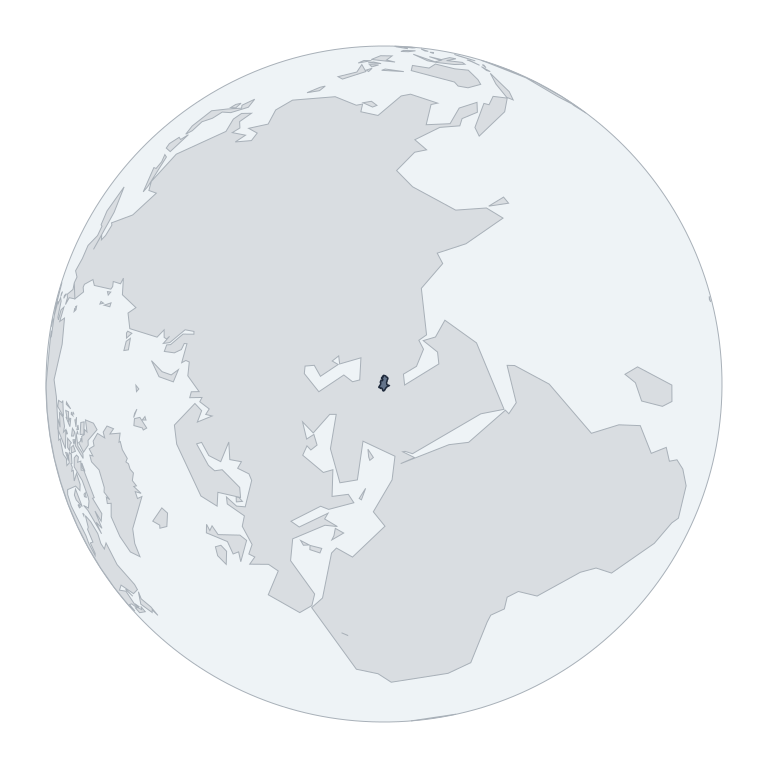 the Earth from above Lorestan, rotated 269°
{"feature_id": "IRN-3220", "entity_name": "Lorestan", "entity_type": "Province", "adm_level": 1, "iso_a3": "IRN", "parent_name": "Iran", "parent_adm1": "", "projection": "orthographic", "projection_center": [48.245, 33.479], "detail": "fine", "context": "on_globe", "style": "filled", "palette": "slate", "viewbox_px": 768, "rotation_deg": 269, "n_neighbors": 0, "source": "natural_earth", "source_scale": "10m", "svg_char_len": 12029}
<svg xmlns="http://www.w3.org/2000/svg" viewBox="0 0 768 768"><g transform="rotate(269 384 384)"><circle cx="384" cy="384" r="338" fill="#eef3f6" stroke="#a8b0b8"/><path d="M386.0,46.1L391.2,46.3L427.6,50.3L443.1,52.2L436.5,52.1L468.9,57.2L491.2,63.8L463.3,56.2L458.5,55.6L472.4,59.5L470.4,59.8L476.0,62.2L472.4,62.6L456.5,59.1L453.8,59.6L463.8,62.4L466.5,65.3L452.2,60.9L455.5,65.7L429.4,62.9L394.1,54.2L376.9,56.2L333.5,57.8L334.8,59.3L319.2,62.1L314.8,65.2L308.0,65.5L310.5,67.9L317.5,67.2L321.0,68.2L319.1,70.2L310.0,70.6L309.7,69.6L306.0,70.9L302.3,70.3L303.1,71.8L292.4,72.6L300.1,75.0L289.1,78.4L282.8,78.1L287.3,73.9L283.9,65.8L278.9,65.8L267.3,69.2L237.2,83.5L230.1,85.9L217.5,92.2L219.6,92.3L230.2,87.6L231.0,90.2L243.8,85.1L246.0,85.8L257.6,83.1L251.5,88.3L239.4,95.2L229.5,98.1L223.9,101.5L229.9,103.3L208.0,114.0L187.9,131.1L182.7,133.9L178.8,129.9L187.5,117.6L182.5,115.9L181.3,122.4L168.4,130.6L164.4,134.6L162.6,137.8L165.8,137.0L160.5,141.3L159.6,135.7L164.4,131.6L164.6,133.1L168.6,127.9L167.9,125.7L161.4,130.9L166.7,125.2L185.4,110.6L205.2,97.3L225.8,85.4L247.2,75.0L269.3,66.1L292.0,58.9L315.1,53.2L338.5,49.2L362.2,46.8L386.0,46.1ZM46.7,405.1L49.8,431.9L52.5,449.3L52.6,450.1L46.7,405.1ZM454.8,54.0L447.1,52.4L455.2,54.0L454.8,54.0ZM477.4,62.5L480.3,63.1L482.0,64.2L477.4,62.5ZM260.1,80.5L258.8,81.8L257.3,81.6L260.1,80.5ZM266.3,78.4L265.5,77.3L268.3,76.1L268.8,76.8L266.3,78.4ZM478.0,66.0L479.9,68.0L475.2,65.3L478.0,66.0ZM266.7,80.1L273.4,74.3L278.4,72.5L284.3,73.7L266.7,80.1ZM479.2,68.8L484.0,74.7L490.6,76.1L474.5,76.4L475.8,70.8L469.0,66.9L475.7,69.0L479.2,68.8ZM320.6,66.1L313.0,67.0L321.1,64.5L320.6,66.1ZM324.9,64.4L344.9,57.0L355.2,57.3L346.4,59.4L361.1,59.0L356.3,62.7L347.2,63.8L341.5,62.7L344.0,65.1L324.9,64.4ZM464.8,76.0L463.6,77.3L461.8,75.4L464.8,76.0ZM323.0,68.4L326.1,66.6L335.2,66.7L330.6,70.4L329.2,69.1L323.0,68.4ZM367.3,57.4L373.3,58.4L371.1,61.6L373.1,62.6L357.1,62.9L367.3,57.4ZM326.1,70.1L328.1,72.3L322.1,74.3L320.5,70.3L326.1,70.1ZM339.5,65.3L343.6,65.6L339.8,66.6L339.5,65.3ZM301.8,83.5L305.3,80.8L310.3,80.5L301.8,83.5ZM329.2,73.0L331.3,72.4L333.7,72.1L333.7,74.0L329.2,73.0ZM356.7,65.4L354.5,66.7L363.1,65.3L361.8,68.1L351.3,68.0L355.3,69.3L354.9,70.2L346.8,69.2L356.7,65.4ZM340.9,75.3L327.2,76.9L319.5,81.7L314.8,81.9L328.0,74.2L340.9,75.3ZM345.1,71.7L341.4,73.9L337.4,72.8L337.4,70.7L345.1,71.7ZM364.6,70.3L369.3,66.0L371.5,66.2L364.6,70.3ZM339.5,76.8L342.8,76.4L339.4,77.2L339.5,76.8ZM357.8,72.3L359.2,70.7L361.5,71.0L357.8,72.3ZM348.4,77.3L343.9,77.7L343.8,76.1L348.4,77.3ZM353.3,75.2L356.2,76.0L346.4,75.3L353.5,74.3L353.3,75.2ZM359.8,72.9L361.7,72.5L358.9,73.6L359.8,72.9ZM351.4,83.5L339.1,83.0L338.8,79.3L350.8,80.2L351.4,83.5ZM93.6,443.0L85.7,386.0L94.4,373.0L99.3,351.4L161.7,307.8L171.1,318.8L215.9,328.6L220.8,333.6L211.5,349.5L241.8,382.5L256.4,371.1L288.0,390.4L311.6,393.7L327.2,362.0L288.6,355.7L286.0,338.2L320.2,329.3L354.5,335.7L354.6,329.2L336.3,312.4L347.6,301.9L330.3,305.7L334.8,313.0L324.1,316.0L319.3,309.7L323.5,305.9L314.2,301.5L296.6,321.8L299.2,331.4L272.5,330.1L274.3,346.4L265.8,351.8L259.6,326.5L262.9,318.5L248.4,288.6L242.5,296.7L255.8,325.8L250.1,322.3L242.3,334.9L243.8,322.5L230.8,290.0L209.0,287.5L175.2,311.0L163.7,308.0L156.9,295.8L175.3,264.6L198.9,275.0L205.7,265.4L206.2,246.6L213.3,251.8L216.4,245.9L225.8,249.3L244.2,239.8L254.6,242.1L266.8,225.2L273.8,224.5L264.5,234.4L263.6,243.1L289.9,250.0L296.5,247.4L302.3,236.2L308.8,240.1L311.1,228.5L328.7,227.8L309.2,219.4L315.5,207.6L328.8,200.6L327.4,195.6L305.7,207.0L300.2,213.2L301.1,220.7L283.1,237.9L273.0,238.6L278.6,216.0L264.8,215.0L275.2,199.0L327.4,175.7L346.6,173.7L367.8,194.6L360.5,201.2L349.2,196.7L355.0,211.6L356.7,205.2L362.1,208.8L369.5,199.5L373.7,201.8L373.7,189.5L379.6,191.2L379.6,199.0L395.6,188.0L409.4,189.7L411.0,186.3L408.8,182.1L427.7,187.7L428.0,185.0L422.0,182.0L418.8,174.9L420.4,164.9L426.9,167.4L427.1,171.3L437.4,183.9L437.1,194.8L439.9,194.9L441.7,186.1L429.2,170.6L428.4,164.0L435.4,170.4L432.8,167.5L434.4,165.0L442.0,165.1L434.8,157.9L443.8,130.8L459.4,129.3L464.7,137.3L477.8,124.0L494.4,125.3L488.8,122.3L491.2,115.1L486.1,114.4L483.6,112.5L487.6,96.1L493.5,94.8L488.9,86.2L486.0,84.9L481.3,85.2L474.5,76.4L490.6,76.1L496.3,78.9L502.6,77.6L514.7,84.6L527.7,90.5L537.4,100.2L546.8,104.8L548.1,103.9L561.9,110.1L585.6,127.6L560.5,117.2L523.7,95.9L538.2,104.4L533.1,104.0L537.3,108.2L547.6,114.7L549.9,114.4L557.4,135.7L578.8,159.7L581.6,152.3L590.6,154.9L617.4,180.3L639.3,230.4L651.5,238.0L657.0,246.3L657.0,256.2L648.9,244.2L642.5,244.4L638.0,236.7L635.2,249.9L628.6,239.5L629.7,255.7L637.1,261.6L642.0,253.1L645.9,272.7L659.9,280.5L669.4,297.5L672.1,340.2L663.2,361.2L664.3,367.5L656.6,365.6L652.6,382.7L671.7,406.2L673.3,415.6L663.9,442.5L662.6,435.9L642.5,430.7L643.1,454.6L658.6,464.0L664.0,481.9L654.1,482.1L648.0,466.7L640.8,464.3L639.6,444.3L627.7,419.1L617.4,430.7L615.2,418.7L597.2,400.3L580.7,416.0L556.6,458.7L558.2,489.5L547.8,505.9L522.8,468.4L513.9,439.5L503.4,444.8L479.0,423.0L432.4,427.4L427.1,419.6L418.1,424.1L401.1,416.8L393.5,403.6L382.6,404.6L403.1,439.2L415.0,438.1L426.7,424.0L430.1,436.3L446.7,446.0L423.5,477.2L356.6,503.6L352.5,480.3L313.8,411.3L316.3,403.9L316.2,403.1L315.9,401.5L309.9,413.2L304.1,399.3L322.2,447.9L324.2,467.6L355.7,504.9L352.1,508.3L363.0,515.9L400.5,507.4L400.2,514.9L381.0,549.2L331.1,590.5L339.1,618.1L337.9,639.5L310.0,650.0L315.7,665.1L301.8,668.0L303.1,675.6L293.7,681.3L276.9,684.3L244.7,676.0L240.1,669.3L220.0,651.5L191.0,608.2L196.3,592.8L192.3,576.9L169.3,533.4L174.2,514.7L168.7,503.4L157.0,500.4L151.0,486.7L144.2,483.0L103.9,465.9L93.6,443.0ZM136.0,337.2L133.3,343.3L133.2,343.3L136.0,337.2ZM388.5,359.8L410.6,361.4L404.8,340.0L412.9,339.2L407.9,332.6L404.3,338.5L392.8,320.6L403.9,314.6L403.3,305.4L395.8,304.5L377.4,318.7L393.7,344.0L386.8,352.6L388.5,359.8ZM168.5,130.9L168.4,131.5L165.6,135.3L164.9,134.7L168.5,130.9ZM165.1,147.1L156.6,153.9L162.2,148.3L159.6,148.2L168.1,137.0L180.6,134.8L173.4,137.5L165.1,147.1ZM183.0,122.5L176.2,129.1L183.2,122.0L183.0,122.5ZM224.2,212.6L225.6,218.1L219.5,223.7L206.4,223.1L215.2,214.7L224.2,212.6ZM229.2,224.7L238.3,203.8L246.8,204.1L240.5,207.3L245.2,209.6L236.3,215.5L235.4,237.3L230.0,243.9L208.8,237.7L218.7,235.7L216.7,230.2L229.2,224.7ZM246.8,157.3L250.9,150.4L264.0,159.7L258.7,165.3L245.3,164.4L243.7,157.4L246.8,157.3ZM275.9,84.3L276.6,82.5L279.1,82.2L280.5,83.4L275.9,84.3ZM303.0,82.3L275.4,92.3L274.8,90.6L259.3,99.6L251.7,98.8L262.0,92.8L244.6,99.5L250.8,93.8L239.2,99.0L262.9,85.7L267.8,81.5L265.2,86.3L272.0,87.0L276.5,86.1L292.7,80.6L306.6,72.8L315.6,73.0L318.3,75.3L316.3,77.2L311.1,76.3L312.2,79.5L303.1,79.7L303.0,82.3ZM344.0,112.8L338.8,109.1L339.5,119.3L330.4,118.0L331.1,119.3L322.9,121.2L314.1,126.0L310.6,124.6L308.7,127.1L303.2,128.7L299.4,131.9L291.8,130.7L286.5,134.7L285.9,132.0L278.9,139.2L280.7,133.4L273.8,135.5L275.7,140.0L243.7,130.2L228.9,132.0L215.6,137.0L220.5,127.5L236.1,117.3L256.0,108.9L269.5,109.1L269.3,105.3L275.7,104.4L273.2,107.8L280.8,102.2L285.4,102.5L303.1,97.6L311.3,90.2L318.0,88.6L317.1,91.7L324.3,88.1L327.2,93.0L332.0,92.2L339.6,96.7L335.0,103.8L340.8,102.4L346.8,106.3L344.0,112.8ZM353.3,84.9L349.9,92.8L343.3,96.3L332.8,87.1L328.0,87.2L321.1,82.4L330.8,77.7L331.9,79.4L335.2,80.1L330.9,81.2L336.9,80.8L338.6,83.4L343.7,83.8L341.2,86.2L353.3,84.9ZM229.0,329.1L233.2,331.3L240.5,332.8L235.7,341.1L229.0,329.1ZM219.7,307.0L223.9,307.2L220.7,318.9L216.2,317.0L219.7,307.0ZM229.0,297.9L224.4,306.4L224.2,300.6L229.0,297.9ZM268.7,234.3L273.6,234.2L273.0,237.1L269.1,240.4L268.7,234.3ZM344.1,146.0L342.2,142.5L344.3,141.6L346.8,133.2L353.7,133.9L354.9,139.3L344.1,146.0ZM319.1,366.8L310.7,372.1L307.9,368.5L311.3,367.4L319.1,366.8ZM270.0,357.2L280.0,363.8L268.6,359.4L270.0,357.2ZM352.1,145.4L352.3,141.7L355.6,144.4L352.1,145.4ZM358.9,134.1L363.2,136.5L354.8,133.1L358.9,134.1ZM462.9,710.8L466.0,710.7L460.4,712.0L462.9,710.8ZM396.7,637.8L377.9,671.8L361.5,671.6L356.8,662.0L362.5,641.3L380.9,635.4L389.5,625.1L396.7,637.8ZM698.5,491.5L701.5,487.9L701.1,489.4L698.5,491.5ZM695.7,492.0L699.6,487.0L694.5,495.7L695.7,492.0ZM701.0,485.1L704.9,477.0L706.6,472.5L705.9,475.6L701.0,485.1ZM692.8,495.7L674.1,514.3L665.8,518.1L668.5,511.7L681.9,501.2L692.8,495.7ZM667.7,512.2L654.1,509.4L630.2,483.5L638.9,479.4L662.8,488.8L661.4,493.9L669.7,498.1L667.7,512.2ZM697.9,460.2L696.3,473.7L686.7,483.2L681.9,485.9L678.7,473.2L680.6,463.3L684.7,459.7L696.9,416.7L702.0,418.0L699.1,434.6L703.0,441.0L697.9,460.2ZM560.0,491.8L568.8,506.8L562.6,511.7L560.0,491.8ZM698.9,390.7L696.0,409.3L697.7,387.1L698.9,390.7ZM698.2,371.7L699.9,377.6L696.7,374.1L698.2,371.7ZM666.9,376.4L662.7,381.8L661.1,377.4L665.6,368.0L666.9,376.4ZM676.6,312.1L681.8,325.3L682.9,330.5L678.4,324.6L676.6,312.1ZM411.4,151.9L400.2,162.3L396.8,171.4L402.0,178.7L389.8,173.4L395.2,159.2L411.4,151.9ZM439.1,132.8L434.4,127.3L439.5,127.4L441.3,128.7L439.1,132.8ZM434.1,131.2L422.6,129.0L422.0,124.5L431.2,127.0L434.1,131.2ZM387.1,135.9L383.3,138.8L380.7,136.4L387.1,135.9ZM651.4,590.7L659.2,578.6L660.7,576.9L668.1,563.2L687.6,531.4L703.7,492.6L705.9,486.9L695.7,514.6L683.1,541.2L668.3,566.6L651.4,590.7ZM705.5,480.9L710.6,464.6L712.3,460.1L705.5,480.9ZM720.3,417.0L719.6,421.3L719.5,418.2L720.6,409.7L718.8,413.7L721.0,401.7L720.9,409.6L721.5,400.4L720.3,417.0ZM719.1,427.8L719.1,427.5L719.1,427.4L719.1,427.8ZM714.9,435.7L714.6,439.3L713.7,439.1L714.9,435.7ZM716.3,430.7L718.3,427.0L715.8,434.1L716.3,430.7ZM705.3,440.6L706.5,446.4L710.5,435.0L707.4,447.0L709.2,455.3L707.9,461.6L706.3,452.2L704.2,467.9L702.3,470.5L702.2,459.9L704.6,442.1L706.4,433.2L713.2,419.0L705.3,440.6ZM716.6,421.3L715.8,414.1L716.2,406.7L717.2,409.4L716.6,421.3ZM711.9,397.8L707.9,392.2L705.7,400.7L708.7,377.0L712.3,386.3L711.9,397.8ZM706.2,378.9L704.4,386.7L705.4,373.8L706.2,378.9ZM703.1,384.2L701.3,377.3L703.6,375.1L703.1,384.2ZM707.5,377.1L705.4,363.8L707.8,369.5L707.5,377.1ZM696.4,362.3L703.8,367.4L696.7,371.3L689.6,347.8L692.1,343.4L696.4,362.3ZM667.2,246.0L662.7,240.5L663.1,235.5L666.1,240.7L667.2,246.0ZM660.2,216.4L661.7,232.4L662.3,246.4L665.2,246.9L671.0,259.7L663.1,253.2L658.0,235.5L658.7,227.0L652.7,217.1L649.4,206.6L640.6,196.7L637.2,190.1L645.4,196.8L660.2,216.4ZM636.7,192.8L620.1,174.3L623.7,170.4L628.1,173.6L634.2,183.5L632.0,184.9L636.7,192.8ZM617.2,168.9L614.8,170.4L585.6,151.3L580.3,146.6L604.4,157.7L603.5,159.9L610.1,165.6L617.2,168.9ZM467.3,78.1L463.9,77.3L466.8,77.0L467.3,78.1ZM480.7,112.4L477.7,109.8L481.2,109.1L480.7,112.4ZM471.5,102.5L469.7,105.0L468.9,101.3L471.5,102.5ZM466.0,111.2L467.7,105.5L469.9,112.5L466.0,111.2Z" fill="#d9dde1" stroke="#a8b0b8" stroke-width="1"/><path d="M392.6,383.8L392.5,384.1L392.5,384.4L392.5,384.6L392.1,385.6L392.0,385.8L391.9,386.0L391.2,386.2L390.9,386.5L390.8,387.2L390.6,387.4L390.2,387.5L390.0,387.9L389.6,388.0L388.9,387.9L387.8,387.2L386.7,387.1L386.4,387.0L386.1,386.7L385.6,386.6L385.1,386.6L384.7,386.7L383.5,386.8L383.2,387.0L382.6,388.8L382.3,389.2L382.2,389.1L381.3,387.3L380.8,386.5L380.6,386.3L380.4,386.3L380.4,386.2L380.2,385.9L379.9,385.7L379.3,385.4L379.1,385.3L378.9,385.2L378.5,384.8L378.4,384.8L378.3,384.7L378.1,384.7L377.9,384.6L377.9,384.4L377.9,384.2L377.6,384.0L377.4,383.8L377.2,383.8L377.1,383.6L377.1,383.2L377.3,383.1L377.4,382.8L377.7,382.6L379.4,382.1L379.5,382.0L379.8,381.8L379.9,381.7L380.0,381.5L380.0,381.3L380.0,381.0L379.9,380.8L379.8,380.7L380.0,380.5L379.9,380.5L379.9,380.4L380.0,380.3L379.9,380.2L380.2,379.8L380.5,379.8L380.7,379.7L380.8,379.4L380.7,379.0L380.7,378.9L380.8,378.9L381.0,378.8L381.3,378.9L381.6,379.1L383.8,380.6L384.9,380.7L385.1,380.8L385.2,380.7L385.5,380.5L385.6,380.4L385.9,380.5L386.2,380.4L387.6,381.0L387.4,381.3L387.5,381.5L387.3,382.0L387.3,382.3L387.6,382.6L387.9,382.7L388.5,382.7L388.6,382.8L389.0,382.5L389.1,382.4L389.2,381.9L389.5,381.8L389.7,381.7L390.0,381.6L390.5,381.9L390.6,382.1L390.6,382.3L390.5,382.5L390.5,382.8L391.1,383.1L391.2,383.3L391.4,383.4L391.5,383.3L391.5,383.1L391.8,382.8L392.0,383.0L392.2,383.3L392.3,383.6L392.6,383.8L392.6,383.8Z" fill="#64748b" stroke="#1e293b" stroke-width="1.5"/></g></svg>